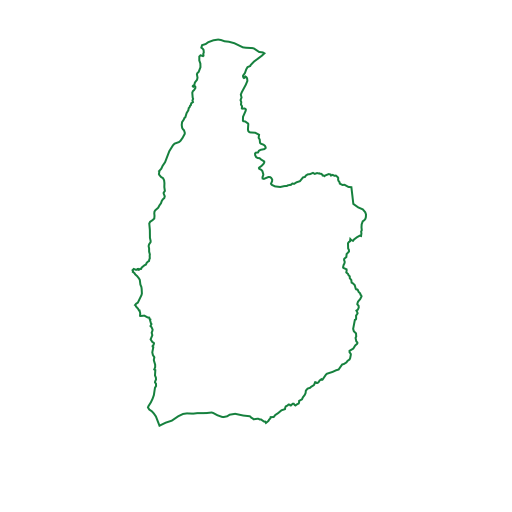 Sáchica, Boyacá, Colombia, rotated 21°
{"feature_id": "7082276B53225686763348", "entity_name": "Sáchica", "entity_type": "district", "adm_level": 2, "iso_a3": "COL", "parent_name": "Colombia", "parent_adm1": "Boyacá", "projection": "natural_earth1", "projection_center": [-73.547, 5.577], "detail": "fine", "context": "isolated", "style": "outline", "palette": "green", "viewbox_px": 512, "rotation_deg": 21, "n_neighbors": 0, "source": "geoboundaries", "source_scale": "gbopen_adm2", "svg_char_len": 6119}
<svg xmlns="http://www.w3.org/2000/svg" viewBox="0 0 512 512"><g transform="rotate(21 256 256)"><path d="M328.2,172.5L320.4,157.6L317.5,158.4L313.1,157.8L311.3,158.7L308.3,158.4L307.6,157.2L306.1,156.3L305.3,155.3L304.8,153.7L304.0,153.1L301.7,152.3L300.5,153.0L298.5,152.8L297.2,154.0L296.4,153.2L294.5,153.5L291.6,156.2L291.3,156.9L290.2,156.7L289.4,157.0L288.7,156.3L287.5,155.9L286.2,156.3L285.6,156.1L284.9,156.5L283.3,156.7L281.4,158.3L279.4,158.0L277.1,160.2L275.0,161.3L273.7,163.1L273.4,164.6L271.7,165.8L270.2,170.4L267.4,172.7L265.7,175.0L264.0,175.3L263.0,177.2L262.6,177.2L260.2,178.8L259.8,179.5L257.4,180.6L253.9,182.9L248.8,184.2L245.2,183.9L244.1,183.2L244.2,180.3L243.7,178.8L242.1,177.6L240.9,177.3L239.3,177.8L235.7,181.2L234.4,181.3L233.8,180.1L233.8,178.1L233.6,177.2L231.6,174.5L230.2,173.7L227.7,173.4L227.2,172.8L227.3,172.3L228.9,169.9L230.0,167.3L230.2,165.8L229.8,164.8L226.1,164.1L224.3,163.4L222.6,163.9L220.8,163.7L219.1,162.2L218.4,160.7L218.7,159.7L220.8,158.6L221.0,156.7L222.3,155.2L225.5,153.2L226.3,151.7L226.0,151.0L224.8,149.9L223.2,149.4L220.2,149.4L219.2,148.9L217.7,145.9L216.1,144.7L215.4,141.7L211.1,141.2L206.3,142.7L205.2,142.7L204.0,142.1L203.1,140.7L201.6,135.8L201.2,135.2L197.8,134.3L195.8,134.7L195.3,134.4L194.0,130.7L194.3,124.2L194.1,123.0L193.5,122.5L192.4,122.4L190.3,123.4L189.9,123.3L189.3,121.2L187.7,120.0L187.1,117.6L185.7,116.0L185.7,113.2L184.0,110.8L184.0,108.3L185.1,99.7L185.2,95.6L184.0,93.3L182.9,92.5L181.8,92.2L181.5,92.7L181.5,93.7L181.0,94.2L180.3,93.9L179.5,92.9L179.3,92.2L180.1,89.1L180.0,85.3L180.4,82.7L182.5,80.7L182.6,79.6L184.5,75.1L189.7,66.9L191.2,63.8L189.4,63.5L185.8,64.4L179.7,63.0L178.1,63.2L171.9,65.2L169.0,65.9L159.5,65.1L153.8,65.7L149.7,66.8L146.0,66.9L143.1,67.5L138.9,69.9L134.8,73.5L133.1,76.1L130.1,78.5L130.3,81.1L132.0,81.6L133.2,82.4L134.3,84.7L134.3,86.1L135.2,87.8L134.9,88.4L132.3,88.5L131.6,90.1L133.0,93.8L135.1,96.3L136.5,99.7L136.5,104.6L135.7,106.4L135.7,107.5L137.5,110.5L137.8,112.6L136.8,115.9L137.1,118.5L136.2,119.6L136.1,120.1L136.8,120.5L137.5,119.5L138.0,119.3L138.7,119.7L139.2,120.9L138.7,123.4L138.0,124.7L138.0,126.4L140.1,130.8L141.0,131.9L140.9,133.5L142.0,134.9L140.8,136.7L141.1,138.6L140.6,139.3L140.7,140.9L140.2,142.0L140.6,144.2L140.0,147.4L140.3,151.8L139.7,152.8L139.7,154.4L139.0,157.5L139.7,160.3L141.1,162.8L142.4,163.9L143.7,164.4L145.3,166.4L145.7,167.5L145.1,172.1L144.2,175.6L143.3,177.2L139.7,180.3L138.8,182.4L137.5,189.2L137.5,201.0L136.5,205.3L136.3,208.5L135.1,211.5L135.5,211.7L136.0,214.3L136.6,214.9L138.9,216.2L141.4,216.7L143.1,218.3L144.4,220.8L145.7,224.5L147.6,227.9L147.1,230.0L147.4,230.8L149.4,232.9L149.6,234.8L148.7,236.5L148.3,238.5L148.4,240.8L147.7,243.4L147.4,246.0L145.6,249.4L145.3,250.8L145.7,252.5L146.9,255.0L147.6,257.5L146.5,259.7L144.9,262.0L144.7,263.9L147.6,269.8L150.5,277.1L152.3,279.8L152.6,280.9L152.0,283.4L152.2,285.2L153.5,287.3L154.7,290.3L156.3,292.5L156.7,294.0L157.7,296.3L157.6,297.3L157.9,299.0L157.0,300.2L156.4,301.6L156.3,303.5L155.2,304.6L153.4,307.8L153.4,309.2L152.3,309.7L151.8,310.7L151.3,311.0L150.6,310.3L150.0,310.6L149.9,311.3L149.0,311.9L146.5,311.9L145.8,313.5L146.7,314.3L146.7,315.0L148.8,315.6L149.7,316.4L152.3,317.4L154.8,318.9L156.1,320.0L158.3,324.1L160.1,326.0L161.1,327.8L162.9,331.9L163.1,333.6L162.4,341.9L161.2,343.5L160.7,345.1L161.2,345.2L162.0,346.1L164.8,347.5L166.3,348.8L166.8,348.6L168.4,350.9L169.2,353.4L169.7,353.4L173.1,351.7L176.9,352.2L178.4,351.8L179.3,353.0L180.1,353.1L180.1,353.9L182.1,356.6L182.8,357.0L182.6,359.2L184.0,359.9L185.8,361.7L186.1,362.9L186.1,365.0L187.6,367.1L187.5,371.6L190.0,373.4L191.7,373.7L192.1,374.2L192.2,375.8L191.7,377.0L191.9,377.6L192.8,377.9L193.7,383.1L195.2,385.4L197.4,387.0L197.8,389.4L198.1,390.1L200.8,393.6L201.7,395.9L201.7,398.4L202.9,398.6L204.5,403.7L206.1,405.4L206.9,407.1L206.8,409.2L207.0,410.2L208.4,411.1L209.3,413.2L208.9,415.2L210.5,422.5L210.6,426.2L210.3,430.3L209.4,434.8L209.4,436.1L211.4,437.6L214.4,438.3L217.0,439.6L220.1,441.7L226.7,449.0L231.5,443.9L236.4,439.9L240.9,433.4L244.5,429.6L247.9,427.7L253.8,425.7L257.4,423.8L265.8,420.5L270.7,418.0L272.4,417.9L277.0,418.5L281.9,418.4L283.4,418.0L286.5,416.0L288.3,413.6L293.1,410.8L301.3,409.5L307.4,407.9L308.0,407.9L309.7,408.7L311.0,408.8L312.3,409.3L315.7,407.4L316.7,407.1L318.1,407.3L319.2,406.8L322.8,407.7L323.9,407.3L325.1,408.3L326.7,405.5L326.9,404.0L327.6,402.5L327.4,401.2L330.2,400.0L331.0,397.5L333.0,394.7L335.1,390.9L337.9,388.6L337.6,386.7L337.7,385.7L339.0,384.3L339.6,383.0L340.8,382.7L341.6,383.2L342.1,383.1L343.2,380.8L344.1,380.4L345.6,381.3L346.4,381.4L347.4,379.8L348.7,378.4L348.7,377.4L348.2,375.8L350.3,373.3L350.4,371.2L351.3,368.1L351.4,366.2L350.8,363.8L351.7,361.3L353.8,359.6L354.3,358.4L356.1,356.1L356.4,355.4L356.4,352.6L357.0,352.4L357.9,352.9L359.0,352.4L359.7,351.2L360.0,349.5L361.0,347.9L361.2,347.6L362.0,348.0L362.4,347.6L363.8,341.7L364.4,340.5L369.1,336.7L371.7,334.0L373.8,332.4L375.3,326.4L376.8,325.3L378.6,322.9L379.0,321.2L380.4,319.1L380.5,317.6L379.9,314.2L379.6,313.5L377.8,312.3L377.3,311.0L380.0,307.6L380.7,303.9L381.8,301.9L381.9,300.9L381.6,300.4L380.2,299.7L378.3,296.8L378.4,295.2L377.1,292.4L374.3,291.2L372.8,289.2L371.2,280.2L371.9,279.5L372.0,278.8L370.8,275.8L371.4,273.2L370.9,272.4L369.3,271.0L370.3,269.6L370.4,267.4L369.7,265.8L367.9,264.8L367.7,264.1L367.6,262.0L368.7,258.9L369.0,255.9L368.4,255.1L367.4,254.7L366.7,253.6L364.6,252.7L363.1,251.1L362.6,250.9L361.7,251.3L360.9,250.9L358.6,247.8L356.3,246.8L354.8,246.6L353.6,244.3L351.5,243.1L350.8,241.4L349.3,240.8L348.4,239.8L346.2,239.0L345.8,237.0L345.3,236.0L341.8,235.8L341.3,235.3L341.0,232.9L341.2,231.5L341.1,230.3L340.8,229.5L339.6,228.1L339.4,226.9L340.7,224.6L339.9,221.7L341.2,218.5L340.6,217.1L339.3,215.9L337.3,211.1L337.7,209.6L338.5,208.6L338.0,206.4L339.2,207.0L341.1,207.1L341.6,205.4L343.6,202.2L345.6,199.8L346.9,199.7L346.3,197.1L345.4,195.5L345.5,194.0L344.2,191.4L343.3,188.6L343.2,185.4L344.3,183.7L344.8,182.1L344.6,180.2L343.8,177.8L342.3,176.0L339.0,174.2L334.0,174.0L328.2,172.5Z" fill="none" stroke="#15803d" stroke-width="2"/></g></svg>